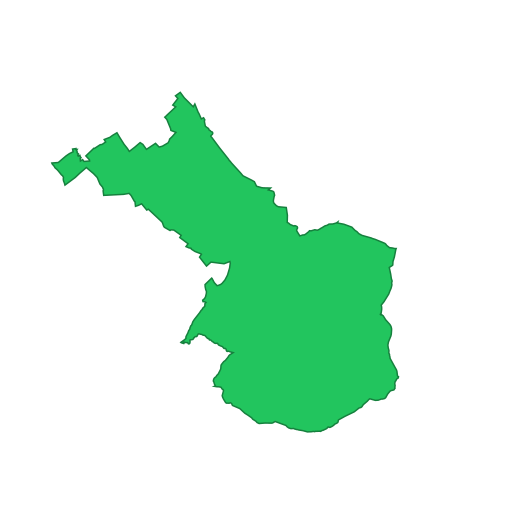 Beclean, Brasov, Romania, rotated 147°
{"feature_id": "2599482B11377759277161", "entity_name": "Beclean", "entity_type": "district", "adm_level": 2, "iso_a3": "ROU", "parent_name": "Romania", "parent_adm1": "Brasov", "projection": "mercator", "projection_center": [24.929, 45.848], "detail": "fine", "context": "isolated", "style": "filled", "palette": "green", "viewbox_px": 512, "rotation_deg": 147, "n_neighbors": 0, "source": "geoboundaries", "source_scale": "gbopen_adm2", "svg_char_len": 6097}
<svg xmlns="http://www.w3.org/2000/svg" viewBox="0 0 512 512"><g transform="rotate(147 256 256)"><path d="M376.6,445.2L376.8,444.3L376.4,441.2L376.5,439.3L375.8,437.0L375.5,435.3L375.0,430.2L374.5,428.5L374.6,427.3L374.7,426.7L375.7,425.6L376.5,423.9L377.0,421.4L377.6,419.5L364.9,420.3L358.9,421.4L350.1,422.6L347.4,413.6L346.4,408.3L347.7,401.3L347.2,397.5L347.5,396.2L347.4,395.7L348.0,394.4L348.7,394.0L350.7,389.8L333.6,379.9L328.3,377.6L327.8,374.8L328.2,368.1L327.9,367.5L330.0,363.3L326.9,362.5L323.5,362.1L322.6,354.0L320.8,353.9L316.3,335.7L316.4,334.7L317.2,331.4L317.2,330.0L314.2,324.2L313.0,324.2L310.8,322.5L307.5,314.1L309.9,313.0L306.3,303.3L309.6,302.0L307.8,299.3L306.3,297.9L306.2,297.6L306.5,297.0L304.7,293.0L301.1,288.0L300.8,287.2L304.0,285.8L303.0,274.5L297.1,275.4L287.0,266.9L280.9,265.6L281.5,264.0L284.7,260.3L290.3,255.5L295.1,252.8L299.4,251.5L301.1,251.4L302.9,251.7L304.8,252.3L305.5,256.4L305.1,261.0L305.2,261.6L314.3,259.8L315.4,257.9L316.4,255.4L316.9,253.2L318.0,251.7L320.4,249.4L321.4,248.8L322.6,248.3L324.8,248.0L325.3,246.6L324.0,245.6L323.2,244.3L324.7,243.9L326.4,241.7L329.4,241.2L329.8,240.6L331.8,240.2L334.3,239.1L342.2,236.4L344.7,235.3L347.5,233.2L348.8,232.9L350.5,231.7L351.3,230.8L353.2,230.0L355.0,228.6L358.5,226.6L359.0,226.1L359.7,225.0L361.7,224.7L366.1,224.5L365.9,223.9L364.2,221.9L363.8,222.1L363.6,222.9L363.2,223.0L362.0,221.6L360.5,220.6L360.6,219.4L360.4,219.0L359.9,218.7L359.2,218.8L358.5,219.4L357.7,220.5L357.4,221.4L357.2,221.5L356.6,221.5L356.1,221.1L354.4,220.4L353.2,220.8L352.7,221.3L352.2,221.2L351.2,221.5L350.9,221.5L349.8,220.8L349.3,220.8L347.1,222.0L346.6,222.0L346.2,221.7L344.0,219.5L343.7,218.9L343.6,218.5L342.5,217.6L342.1,216.9L341.7,214.1L341.4,213.1L340.6,212.4L340.8,211.3L340.7,210.9L339.8,210.3L339.6,209.8L339.3,208.2L339.2,207.8L338.7,207.3L338.4,205.8L337.5,204.7L336.0,203.9L335.8,203.6L335.9,202.4L335.8,201.7L334.7,199.9L333.5,198.3L333.2,195.9L332.8,195.5L332.2,195.4L332.1,195.0L331.9,194.4L331.9,193.7L332.4,192.8L332.3,191.9L332.1,191.6L331.5,191.5L330.9,191.1L329.7,189.5L327.8,187.4L331.9,187.4L332.9,187.2L334.8,186.3L338.6,185.1L340.6,185.0L344.2,183.8L345.0,183.2L346.9,180.7L347.8,180.0L352.0,177.6L354.0,177.2L355.3,176.5L356.5,176.5L357.8,176.2L358.7,175.6L359.9,174.4L359.9,173.5L360.6,171.2L360.8,169.2L361.9,169.4L360.2,167.8L358.5,166.6L356.9,165.1L356.8,164.5L356.9,163.5L356.7,162.2L356.3,161.9L356.5,160.8L360.4,157.3L360.8,156.1L361.2,153.7L361.3,149.7L361.0,148.8L358.6,147.1L357.4,146.9L357.0,146.1L356.8,145.1L357.1,144.2L357.0,143.3L352.7,136.9L351.0,130.2L349.5,127.0L347.8,122.8L347.6,120.8L346.1,117.6L345.8,115.7L344.6,113.8L339.4,111.0L333.9,107.3L332.9,106.9L330.1,106.8L323.2,97.6L322.9,95.8L322.2,94.0L321.6,93.3L321.2,92.7L320.6,92.1L318.3,90.8L318.0,90.1L316.1,88.0L315.5,87.7L315.1,87.0L311.6,83.8L308.7,80.5L305.2,78.4L303.5,77.7L302.4,76.7L301.9,76.7L299.9,75.5L297.8,74.2L297.3,73.7L295.7,73.7L294.7,73.3L291.0,72.8L289.5,73.0L288.9,73.3L288.6,73.3L287.4,72.0L285.4,71.7L282.9,71.7L281.9,72.1L279.4,71.8L278.3,71.8L277.5,72.2L276.4,73.5L276.0,73.6L268.7,73.1L258.4,71.8L252.3,72.4L250.5,71.8L249.3,71.9L247.0,72.9L241.7,73.6L240.0,74.1L238.4,74.3L234.5,69.9L232.0,68.5L228.9,67.8L227.8,67.1L225.7,66.4L224.3,66.6L220.8,68.5L217.3,69.6L216.3,69.6L213.3,68.6L211.4,69.4L211.3,69.9L209.7,71.9L209.5,72.7L209.2,73.3L207.8,74.8L207.4,75.1L206.8,75.1L205.4,76.0L204.0,76.4L203.2,76.2L202.2,77.2L202.6,78.0L202.6,78.5L200.6,82.6L200.2,84.2L200.1,86.3L199.3,97.1L198.6,98.5L198.3,99.6L197.6,100.8L197.5,102.2L196.0,104.3L195.6,105.4L195.2,106.8L193.9,109.5L191.7,111.8L186.4,115.5L185.0,116.9L182.5,120.2L181.9,121.2L181.4,122.5L181.1,123.6L181.0,125.5L182.0,132.0L181.9,136.5L182.4,137.7L182.5,138.4L183.0,138.4L183.4,138.7L183.5,139.4L182.0,140.1L179.8,142.6L178.8,144.1L178.1,145.5L177.9,146.3L177.7,146.6L173.7,147.9L165.4,151.8L162.7,153.8L160.4,155.3L158.4,157.1L157.6,158.0L156.9,159.6L155.8,160.5L155.2,161.6L155.1,162.5L154.5,164.0L152.9,167.5L150.5,173.8L147.6,173.8L146.5,173.8L146.1,174.1L144.2,176.7L140.5,179.8L135.2,185.3L134.4,185.9L135.5,186.6L137.2,188.4L139.5,190.3L140.6,193.6L140.7,195.3L141.1,196.5L147.1,205.2L148.8,207.2L149.4,208.2L155.8,215.5L156.3,216.2L156.5,217.0L157.0,217.5L157.6,218.8L158.1,221.5L159.0,223.5L159.9,228.0L165.0,234.8L169.7,239.3L168.8,240.0L170.5,239.9L174.1,241.0L177.4,243.0L179.5,243.0L181.7,243.7L185.6,243.8L187.2,244.0L187.9,243.8L190.5,244.2L192.4,246.0L196.1,247.1L197.4,248.1L198.3,247.7L202.4,247.3L204.1,247.4L205.1,248.1L208.3,249.0L208.2,253.2L208.2,254.7L208.0,255.2L207.4,256.0L206.1,256.7L205.8,257.0L205.5,258.2L206.2,259.5L206.9,260.3L207.9,260.5L209.9,263.4L210.3,264.1L210.7,265.7L211.5,267.2L207.5,273.0L204.2,280.2L210.4,285.1L211.5,287.0L212.2,290.6L211.8,292.1L211.0,293.3L208.3,296.1L207.3,296.8L206.2,299.9L206.6,301.2L209.7,304.7L206.8,305.1L212.7,309.1L214.2,310.4L217.5,314.2L217.5,314.4L216.9,319.2L218.4,322.1L223.1,330.1L223.3,330.8L223.7,334.1L225.9,347.4L226.1,349.9L226.4,350.4L226.3,351.9L227.7,366.7L228.5,379.6L228.8,380.9L228.2,381.5L226.3,381.8L225.3,382.6L225.1,383.7L226.0,385.1L226.1,386.0L226.7,387.4L226.4,388.5L226.7,389.7L227.0,390.1L227.7,392.2L227.7,392.7L226.1,396.7L225.5,397.6L224.8,398.0L224.7,400.5L227.2,400.8L226.2,406.9L226.3,407.6L224.5,416.8L227.4,415.3L230.0,427.7L230.4,434.5L236.3,434.2L235.7,430.7L243.6,427.9L242.1,424.8L256.9,422.1L256.4,419.1L258.3,409.2L258.9,408.0L258.9,407.6L255.8,403.3L261.2,401.8L264.8,401.1L265.8,400.1L268.1,398.8L275.0,399.1L275.3,399.3L277.9,400.1L278.9,405.2L289.8,405.1L290.1,411.2L291.4,414.2L298.4,413.3L305.3,412.7L305.3,416.4L305.8,421.5L305.7,430.1L305.5,435.1L310.7,435.3L313.9,435.1L319.9,436.4L320.0,433.5L324.4,433.4L326.0,434.2L332.8,434.2L333.3,434.7L344.2,432.6L343.3,427.4L343.8,426.3L348.8,429.0L348.9,431.3L351.5,431.3L350.3,433.6L349.2,433.7L349.3,434.9L348.9,436.4L350.7,436.5L350.6,437.7L349.3,438.3L349.8,440.1L349.2,440.9L348.8,442.5L348.0,442.8L349.1,443.5L348.5,444.2L351.6,445.6L352.6,443.0L356.8,443.5L360.8,443.4L370.9,442.1L376.6,445.2Z" fill="#22c55e" stroke="#15803d" stroke-width="1.5"/></g></svg>